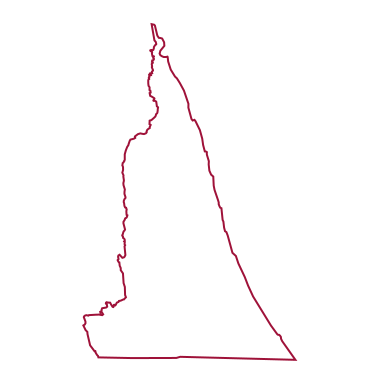 Cook, Minnesota, United States of America (Robinson projection), rotated 271°
{"feature_id": "52423323B35428884505626", "entity_name": "Cook", "entity_type": "district", "adm_level": 2, "iso_a3": "USA", "parent_name": "United States of America", "parent_adm1": "Minnesota", "projection": "robinson", "projection_center": [-90.193, 47.855], "detail": "fine", "context": "isolated", "style": "outline", "palette": "rose", "viewbox_px": 384, "rotation_deg": 271, "n_neighbors": 0, "source": "geoboundaries", "source_scale": "gbopen_adm2", "svg_char_len": 4538}
<svg xmlns="http://www.w3.org/2000/svg" viewBox="0 0 384 384"><g transform="rotate(271 192 192)"><path d="M25.0,101.3L24.9,135.1L25.8,179.2L27.0,183.1L26.0,298.3L44.4,284.8L46.8,283.6L48.6,283.4L49.8,282.6L50.7,281.6L50.7,280.6L51.2,279.8L59.8,273.3L88.6,254.9L99.4,249.7L107.8,246.3L121.4,239.6L128.8,237.0L131.9,233.5L149.0,228.5L152.5,227.1L153.4,225.7L157.0,224.7L163.0,223.9L164.6,223.1L176.3,221.7L176.8,220.5L178.3,219.7L180.3,218.9L182.0,218.9L184.2,218.2L194.5,214.5L198.7,213.6L207.8,213.0L209.7,210.8L213.6,209.0L219.8,208.2L223.1,208.3L229.3,206.3L230.6,206.1L232.1,206.2L232.8,205.0L232.8,204.1L239.2,202.3L245.5,201.3L254.0,198.8L262.8,194.3L264.2,193.2L263.5,191.4L265.0,190.2L276.3,186.9L280.1,186.9L293.2,182.2L300.8,177.9L305.4,174.9L307.1,173.0L314.0,168.6L322.0,165.9L326.6,165.3L326.9,165.1L326.5,163.6L326.5,161.3L327.1,159.8L328.2,158.0L329.8,157.2L332.7,157.9L336.0,160.5L337.7,161.8L341.2,161.5L344.9,159.5L345.4,157.9L345.6,156.1L347.8,154.6L357.8,152.0L358.6,151.2L359.1,148.7L342.9,151.8L341.5,153.1L339.3,153.7L339.0,153.6L338.2,152.6L337.5,152.1L336.3,151.4L334.8,151.3L333.4,150.8L333.0,150.1L333.3,149.2L333.1,148.1L332.9,147.8L332.6,147.8L332.0,148.4L331.6,149.2L331.2,149.6L330.7,149.7L329.7,149.5L327.1,150.1L326.7,150.4L327.0,150.8L327.1,151.3L327.0,151.5L326.9,151.6L326.5,151.5L326.1,151.0L325.3,150.9L324.8,151.2L324.5,151.6L324.1,151.6L323.6,151.4L323.0,150.6L322.8,149.9L321.4,149.7L321.1,150.5L320.6,150.6L320.1,150.3L319.6,149.8L319.5,149.6L319.1,149.5L318.5,149.6L317.8,149.8L316.7,149.9L316.4,149.7L315.9,149.7L313.1,150.9L312.9,150.9L312.1,150.4L311.9,150.0L311.7,149.8L310.6,149.9L310.0,150.1L309.9,149.8L310.0,148.1L309.7,147.9L309.3,148.2L308.8,148.7L308.2,148.9L308.2,148.1L308.5,147.8L308.8,147.8L308.9,147.7L308.6,147.1L308.4,147.0L308.2,147.1L308.3,147.4L308.2,147.4L306.7,147.5L306.7,147.2L305.5,146.8L305.0,147.1L304.2,147.2L303.9,146.6L302.7,146.3L299.6,146.4L297.4,146.7L296.2,147.6L295.5,147.8L293.5,147.7L293.0,147.8L292.8,147.9L292.6,148.6L292.3,148.7L290.7,148.9L290.2,147.9L287.5,148.5L287.3,148.6L286.9,149.7L285.2,152.5L284.9,152.8L284.4,152.7L283.4,152.0L282.7,151.8L282.5,152.0L282.5,153.3L281.8,154.6L281.5,154.7L277.0,155.4L276.3,156.4L275.9,156.6L274.3,156.3L273.0,156.3L270.7,156.0L270.1,155.7L269.3,154.9L269.1,154.7L267.7,154.4L266.8,154.0L265.4,152.6L263.4,150.4L263.0,149.8L262.9,149.0L262.6,148.4L259.1,148.3L258.3,149.5L256.3,148.6L255.3,148.7L254.2,147.1L253.4,146.2L251.8,145.5L251.6,145.5L251.2,145.7L250.8,145.6L249.9,144.9L249.6,144.2L249.1,143.0L249.3,141.3L249.7,139.3L248.9,136.9L246.6,134.0L246.2,133.9L246.0,134.1L245.1,134.3L244.3,133.0L243.3,129.5L242.0,128.8L238.5,127.7L237.8,127.6L235.9,126.4L232.4,125.1L228.5,124.1L223.2,124.2L221.8,123.8L221.6,123.4L221.3,123.3L220.5,123.1L219.7,122.2L218.9,122.1L217.3,121.9L216.9,122.2L215.7,122.6L212.8,122.7L210.1,122.0L207.5,123.2L206.1,123.1L202.6,123.7L201.5,123.6L199.7,123.2L197.7,123.4L193.4,124.8L191.0,124.5L188.9,124.5L185.7,125.6L184.9,125.6L183.8,124.7L182.2,124.0L180.7,123.9L179.7,124.3L176.9,124.7L175.4,125.4L175.1,126.4L174.1,126.6L173.8,126.9L173.3,127.0L171.8,126.7L168.7,126.9L167.8,127.1L167.6,127.8L167.3,127.8L165.6,127.2L165.1,126.8L164.9,126.5L164.7,125.9L163.9,125.4L163.2,125.3L161.0,124.0L159.5,124.0L153.4,125.7L152.3,125.2L151.5,124.4L150.5,124.0L148.1,123.4L147.6,123.0L147.1,123.0L146.4,123.7L144.9,123.9L144.3,124.8L143.7,125.3L142.9,125.6L142.3,125.6L141.4,125.0L141.1,125.4L141.0,125.5L140.9,125.7L138.9,125.5L138.3,125.6L137.7,126.1L136.4,125.5L127.8,126.5L126.1,125.7L125.5,125.1L125.0,123.5L128.0,120.7L127.2,119.5L125.8,119.2L124.8,119.5L123.6,119.7L123.4,119.6L122.8,118.9L122.3,118.9L120.5,120.0L120.3,120.6L117.0,121.0L114.9,122.0L114.0,122.1L112.6,122.1L109.4,124.4L99.7,125.2L95.9,126.5L87.8,126.9L85.6,127.8L83.4,125.8L83.4,125.3L82.1,122.6L81.8,120.9L81.0,120.6L80.7,120.3L80.7,120.2L80.3,119.3L80.1,118.8L78.7,118.1L77.9,117.8L77.3,117.2L77.8,116.4L77.9,116.2L77.7,115.8L77.2,115.6L76.5,115.7L76.1,115.7L75.6,115.3L75.8,114.6L78.2,113.0L79.9,112.1L80.0,109.9L80.3,108.5L79.9,108.0L79.2,107.8L78.7,108.0L78.2,108.8L75.9,109.2L75.0,108.2L74.2,104.2L72.9,103.7L71.3,103.7L71.0,102.9L70.6,102.3L69.6,102.6L69.7,103.3L69.5,104.4L68.1,105.3L67.3,104.4L67.8,101.2L67.6,97.6L67.1,91.2L67.0,90.9L66.6,90.6L66.6,90.4L67.0,88.7L66.7,87.4L65.8,86.3L65.0,86.0L60.7,87.7L59.0,87.8L57.6,87.1L56.7,85.7L52.1,88.0L50.3,89.8L48.1,90.0L36.9,92.8L31.0,97.4L31.2,98.1L29.2,98.7L27.0,100.2L26.6,100.8L25.0,101.3L25.0,101.3Z" fill="none" stroke="#9f1239" stroke-width="2"/></g></svg>